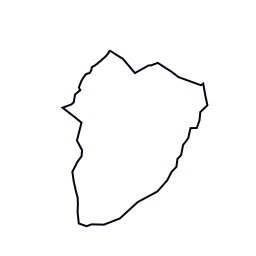 the district of Zereg, Hovd, Mongolia, rotated 63°
{"feature_id": "93677404B75624012027982", "entity_name": "Zereg", "entity_type": "district", "adm_level": 2, "iso_a3": "MNG", "parent_name": "Mongolia", "parent_adm1": "Hovd", "projection": "mercator", "projection_center": [92.604, 47.134], "detail": "fine", "context": "isolated", "style": "outline", "palette": "ink", "viewbox_px": 256, "rotation_deg": 63, "n_neighbors": 0, "source": "geoboundaries", "source_scale": "gbopen_adm2", "svg_char_len": 1656}
<svg xmlns="http://www.w3.org/2000/svg" viewBox="0 0 256 256"><g transform="rotate(63 128 128)"><path d="M122.6,40.8L123.0,43.6L105.7,59.8L97.8,63.6L83.5,71.9L82.7,78.9L81.6,81.4L82.2,96.9L64.2,101.1L51.1,108.9L51.2,109.3L51.2,109.6L51.3,109.9L51.4,110.2L51.4,110.5L51.6,110.8L51.8,111.0L52.3,111.2L52.4,111.4L52.7,112.0L52.9,112.7L53.1,113.2L53.5,113.8L53.8,114.8L54.2,115.7L54.3,116.2L54.4,116.8L54.6,117.3L54.8,118.0L54.8,118.5L55.0,118.9L55.1,119.2L55.1,120.0L55.3,120.4L55.6,120.9L55.8,121.4L55.9,122.1L56.0,123.1L56.2,123.8L56.2,124.8L56.5,125.3L56.8,125.9L56.9,126.2L56.9,127.2L57.0,127.5L57.0,128.3L57.1,128.7L57.3,129.1L57.3,129.6L57.3,129.8L57.3,130.3L57.3,131.1L57.3,131.9L57.4,132.4L57.6,132.9L58.2,133.3L58.9,133.7L59.7,134.4L60.0,134.7L61.1,136.4L61.5,137.1L61.6,137.6L61.5,138.0L61.3,138.4L61.2,138.8L61.1,139.3L61.1,139.8L61.2,140.2L61.1,140.6L61.0,141.0L61.3,142.0L61.6,142.7L62.1,143.2L62.5,144.0L62.7,144.6L62.9,144.9L64.2,147.1L65.3,148.7L66.2,149.4L66.9,150.5L68.1,151.7L68.5,152.2L68.8,152.6L69.1,152.8L69.4,153.1L69.5,153.2L69.7,153.3L70.0,153.4L70.8,153.4L71.1,153.4L71.4,153.4L71.6,153.4L71.9,153.4L72.2,153.4L72.6,153.3L74.1,159.9L75.8,161.2L80.5,164.7L81.3,167.9L80.2,177.1L91.8,171.6L102.1,167.0L110.3,174.2L116.0,179.2L127.0,179.0L132.2,182.3L135.1,188.3L141.8,197.5L151.0,200.6L159.8,202.9L167.5,204.6L173.9,207.6L179.8,211.0L190.7,215.2L196.7,209.5L197.3,204.2L203.2,193.3L204.9,176.3L198.4,153.0L197.9,130.6L192.5,116.9L186.7,108.8L184.6,102.5L178.0,98.0L176.2,92.9L168.2,86.7L164.4,78.9L156.5,72.4L159.2,66.7L153.6,60.8L146.6,56.3L143.8,46.9L134.3,44.4L122.6,40.8Z" fill="none" stroke="#020617" stroke-width="2"/></g></svg>